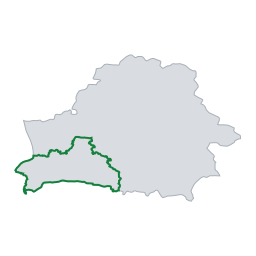 Brest on a map of Belarus (Robinson projection)
{"feature_id": "BLR-2338", "entity_name": "Brest", "entity_type": "Region", "adm_level": 1, "iso_a3": "BLR", "parent_name": "Belarus", "parent_adm1": "", "projection": "robinson", "projection_center": [25.618, 52.455], "detail": "fine", "context": "in_parent", "style": "outline", "palette": "green", "viewbox_px": 256, "rotation_deg": 0, "n_neighbors": 0, "source": "natural_earth", "source_scale": "10m", "svg_char_len": 8801}
<svg xmlns="http://www.w3.org/2000/svg" viewBox="0 0 256 256"><path d="M219.8,175.9L215.3,175.7L209.8,175.8L206.8,177.4L203.5,176.6L201.2,177.6L196.0,182.1L194.0,184.6L192.1,188.3L191.0,191.1L191.7,193.1L192.7,194.9L193.0,196.9L193.6,198.4L192.3,199.5L191.5,201.1L189.3,200.8L186.4,199.3L185.8,197.1L183.6,195.5L182.2,194.7L179.8,194.6L176.2,195.3L171.3,195.9L167.7,196.0L165.7,196.8L162.8,197.6L161.6,196.7L159.9,194.1L158.5,191.6L157.6,190.5L156.8,190.2L155.8,190.3L154.7,191.1L153.8,191.9L150.8,192.8L149.5,193.7L148.0,196.0L147.0,195.9L146.0,195.3L144.8,192.7L143.2,192.2L140.6,192.1L137.4,191.6L134.9,190.8L133.9,191.0L132.4,192.1L130.8,192.2L127.1,191.2L126.4,191.7L124.3,194.6L123.4,194.7L122.8,194.3L123.1,191.9L121.0,191.0L117.4,190.8L114.9,191.2L113.7,191.1L113.0,190.6L109.9,186.4L108.3,186.2L105.4,186.4L101.2,185.9L96.2,184.9L93.5,184.6L92.1,183.6L89.1,183.3L80.9,181.6L77.6,181.3L72.7,181.2L65.2,180.8L60.5,181.1L58.3,181.6L55.7,182.0L46.9,182.5L43.7,183.0L42.8,183.8L41.7,185.8L38.0,189.1L34.5,191.3L33.8,191.5L31.7,190.3L30.0,189.9L28.0,189.8L26.5,190.1L25.6,190.7L25.7,193.3L25.5,193.5L24.0,190.4L24.1,187.7L25.0,186.1L26.1,184.7L25.7,182.6L26.8,179.8L26.8,177.7L26.4,176.9L25.6,175.8L23.3,174.7L22.3,173.8L19.2,172.7L16.1,171.2L15.6,170.3L15.7,169.7L16.3,168.8L18.7,166.0L21.3,163.4L22.9,162.3L31.6,158.9L33.0,157.7L33.3,155.7L33.2,151.7L32.7,148.0L32.1,145.4L30.5,140.6L26.1,130.7L23.6,120.5L25.3,121.1L29.4,121.3L32.7,120.6L34.4,120.5L35.9,120.7L40.2,120.1L41.2,121.1L43.1,121.9L46.9,120.7L50.2,119.3L53.7,119.4L54.2,118.7L55.1,115.1L56.1,114.3L60.2,114.6L61.7,114.0L63.3,112.2L65.8,111.1L67.8,111.1L69.9,109.8L71.0,110.7L71.5,112.2L70.8,113.4L71.1,113.8L72.6,114.4L75.1,114.4L76.7,113.9L77.0,113.2L77.0,112.0L76.6,110.8L75.6,109.8L73.6,109.3L72.2,109.3L72.0,108.6L72.4,107.3L73.7,104.8L75.2,102.5L76.1,101.6L76.3,100.8L76.1,99.5L76.0,97.0L77.4,93.5L79.2,90.9L81.7,90.1L84.7,89.6L86.6,88.4L87.5,87.0L88.3,84.8L89.3,84.4L96.4,84.7L97.5,82.5L98.1,81.9L99.5,81.3L100.5,80.5L100.1,79.9L98.3,79.5L93.9,79.2L93.1,78.5L93.3,77.6L94.5,75.4L95.6,72.5L96.1,70.2L96.2,68.9L96.8,68.6L100.3,68.1L101.4,67.7L104.4,64.6L106.7,64.1L112.7,64.9L115.4,64.9L118.8,65.1L119.1,64.8L120.3,61.7L126.1,56.9L129.2,55.2L131.2,54.9L131.8,55.0L135.0,57.5L135.8,57.6L137.8,56.5L141.5,56.5L143.2,57.3L145.6,60.5L146.9,60.8L150.3,59.1L152.3,58.5L153.6,58.5L160.3,61.0L160.8,61.7L160.8,62.6L159.9,65.5L161.3,67.2L162.9,68.4L166.3,66.5L167.5,65.9L168.9,65.9L170.7,65.2L172.0,64.1L173.3,63.7L175.7,64.0L180.1,63.7L185.3,65.4L185.8,65.9L188.4,68.0L189.4,69.0L190.2,69.3L191.6,70.2L193.5,70.9L194.8,70.7L195.4,71.0L196.0,71.8L196.1,73.1L196.0,76.8L194.2,78.8L194.0,79.5L194.1,80.3L195.7,81.9L197.6,84.5L198.1,85.9L198.2,87.0L195.7,90.3L194.9,91.1L194.3,92.7L194.1,94.3L194.3,95.0L198.7,97.7L201.9,99.1L202.7,99.8L202.8,100.2L201.1,103.1L201.0,103.8L203.6,105.0L205.1,106.8L206.4,109.9L209.0,112.7L218.2,117.0L219.1,117.7L219.4,118.6L219.2,120.6L217.6,124.4L219.2,124.9L223.2,124.8L228.1,125.2L234.1,127.9L234.2,129.1L233.6,130.2L234.1,131.3L234.8,132.3L240.0,135.3L240.5,136.2L240.6,137.6L240.5,138.7L239.1,138.9L237.6,139.4L235.1,140.7L234.2,142.5L230.1,144.9L227.6,146.1L225.6,146.1L220.7,145.6L218.9,144.4L218.2,143.3L216.3,142.7L213.8,142.7L210.4,142.9L209.7,143.2L209.2,144.6L207.8,147.0L206.8,148.3L211.3,153.0L213.6,154.9L214.3,156.1L214.3,156.9L213.3,157.9L213.6,159.9L215.8,162.5L215.1,162.9L215.0,166.1L215.1,169.5L215.7,170.4L216.9,171.1L217.9,172.3L219.6,175.2L219.8,175.9Z" fill="#d9dde1" stroke="#a8b0b8" stroke-width="1"/><path d="M75.2,181.4L67.3,181.3L63.3,180.5L62.2,180.5L61.1,180.8L58.9,181.7L52.3,182.5L51.8,182.5L50.3,182.2L44.4,182.6L43.9,182.7L43.3,183.1L42.5,184.2L42.1,184.7L41.5,186.7L40.8,187.5L38.1,188.9L34.5,191.4L33.6,191.6L32.9,191.1L32.2,190.4L31.3,190.1L30.7,190.1L29.0,189.7L28.5,189.7L26.1,190.1L25.8,190.3L25.6,190.5L25.3,190.9L25.3,191.1L26.0,192.8L26.1,193.1L26.0,193.6L25.8,193.6L25.5,193.5L25.5,193.1L24.7,192.8L24.5,192.4L24.8,192.4L24.3,191.7L24.1,191.2L24.0,190.8L24.1,190.0L24.1,189.7L23.8,189.5L23.8,189.2L24.2,189.1L24.5,188.8L24.2,188.5L24.2,188.3L24.5,188.1L24.4,188.0L24.2,187.6L24.3,186.9L24.5,186.4L24.9,186.0L25.4,185.8L25.9,185.4L26.2,184.7L25.7,184.2L25.4,183.7L25.7,183.4L25.8,182.8L26.0,182.7L25.9,182.4L26.0,182.1L26.1,181.1L26.2,180.6L26.7,179.7L27.0,179.4L27.4,179.1L27.1,178.6L26.8,177.5L26.6,177.1L26.6,176.8L26.5,176.4L26.0,176.2L25.6,175.5L25.1,175.3L24.0,175.3L23.5,175.2L22.9,174.2L23.0,174.1L23.1,173.7L22.6,173.8L22.2,173.5L22.1,173.4L21.8,173.7L21.5,173.6L21.3,173.5L21.0,173.4L20.7,173.5L20.6,173.4L20.8,173.1L20.8,172.9L20.3,172.9L18.8,172.5L18.5,172.2L18.1,172.3L16.4,172.0L15.9,171.7L16.1,171.2L16.0,170.8L15.8,170.5L15.4,170.2L16.5,168.5L16.9,167.9L17.9,167.0L20.8,163.6L22.9,162.2L25.1,161.3L29.0,160.4L32.2,158.8L33.1,157.9L33.5,156.6L33.4,155.7L33.9,155.6L37.0,155.8L37.5,155.6L38.2,155.1L38.7,154.9L39.0,154.9L39.5,155.4L40.0,155.6L41.2,155.7L42.4,155.4L42.6,155.5L42.7,155.8L42.8,155.9L43.4,155.7L44.0,155.5L44.5,155.6L45.6,156.2L45.9,156.4L46.4,156.6L47.0,156.7L47.6,156.7L48.1,156.5L48.4,156.4L48.5,156.3L48.5,156.1L48.4,155.6L48.2,155.2L48.6,154.2L49.2,153.8L49.2,153.6L49.2,153.4L48.8,153.0L48.8,152.9L49.6,152.2L50.6,151.7L50.8,151.6L50.8,151.3L50.7,151.2L49.8,151.0L49.7,151.0L49.7,150.9L49.9,150.6L51.0,150.1L51.6,150.0L53.0,150.6L54.3,150.8L55.1,150.8L55.5,150.7L55.9,150.0L56.1,149.9L56.3,149.8L56.5,149.8L57.3,150.0L57.7,150.3L58.0,150.7L58.1,151.2L58.0,151.7L58.1,151.8L59.1,152.1L59.4,152.2L59.6,152.1L59.9,151.7L60.1,151.4L60.4,151.4L60.5,151.5L60.2,152.5L60.2,152.8L60.3,153.1L60.2,153.6L60.3,153.7L60.5,153.8L60.8,153.8L61.0,153.8L61.3,153.6L62.3,153.3L62.5,153.3L63.1,153.4L63.5,153.4L64.1,153.0L64.9,152.8L65.1,152.9L65.2,153.2L65.3,153.3L65.6,153.5L66.3,153.7L66.6,153.6L66.9,153.4L66.9,153.2L66.4,152.9L66.3,152.7L66.2,152.4L66.3,152.3L66.6,152.1L66.6,151.9L66.2,151.6L66.1,151.4L66.0,151.2L66.2,150.9L66.5,150.7L67.1,150.8L67.6,150.8L68.6,150.6L68.9,150.3L68.9,150.1L68.9,149.9L69.4,149.5L69.9,148.8L70.2,148.6L71.4,148.1L71.6,147.8L72.2,146.5L73.0,145.4L73.2,144.8L73.2,144.5L72.9,144.1L72.6,143.9L72.0,143.7L71.9,143.7L72.0,143.3L72.9,142.7L73.2,142.4L73.2,142.2L72.6,141.7L72.4,141.4L72.6,140.9L72.8,140.6L73.0,140.6L73.7,140.5L73.9,140.4L74.0,140.2L74.2,139.1L74.3,138.8L75.0,137.9L75.2,137.5L75.6,137.1L75.8,137.0L76.0,136.9L76.9,137.0L77.8,136.9L78.1,136.9L78.4,137.1L78.6,137.1L79.2,137.1L79.6,137.1L80.0,137.4L80.2,137.5L83.5,137.7L84.0,137.6L84.5,137.5L85.8,137.8L87.8,137.9L88.4,138.0L89.0,138.2L89.7,138.2L91.5,137.8L91.4,139.2L91.5,139.4L91.9,139.8L92.0,140.1L92.0,140.8L92.0,141.0L91.8,141.2L91.6,141.3L90.5,141.3L90.1,141.5L89.5,142.0L89.1,142.6L88.9,143.0L89.1,143.5L89.4,143.6L89.8,143.6L90.2,143.6L90.3,143.6L90.5,144.1L90.9,144.4L91.0,144.9L91.2,145.1L91.6,145.2L93.3,145.3L93.6,145.4L94.4,146.1L94.8,146.9L94.8,147.1L94.7,147.3L94.4,147.3L93.4,147.3L93.1,147.3L92.8,147.4L92.4,147.9L92.0,148.7L91.9,148.8L91.5,149.0L91.4,149.1L91.5,149.4L91.7,149.8L92.7,151.1L92.8,151.3L92.9,151.8L93.1,152.1L93.0,152.4L92.3,152.8L92.3,153.0L93.0,154.0L93.4,154.0L93.9,153.6L94.1,153.4L95.1,153.4L95.2,153.2L95.4,152.6L95.5,152.4L96.3,152.2L96.5,152.3L97.2,152.6L97.8,152.8L98.0,153.1L98.1,153.6L98.3,153.8L98.6,153.9L98.9,153.9L99.7,153.7L99.8,153.7L100.0,153.8L100.7,154.8L101.3,155.5L101.6,155.6L104.0,156.2L105.1,156.7L105.4,156.6L105.8,156.1L106.0,156.1L106.9,156.6L107.0,156.7L107.0,156.9L106.8,157.2L106.8,157.4L107.6,158.4L107.8,158.6L108.0,158.6L108.8,158.8L110.0,158.8L110.3,158.9L110.8,159.5L110.9,160.1L110.7,160.5L107.6,160.7L107.4,160.9L107.3,161.4L107.3,161.5L107.8,162.0L107.9,162.3L107.3,162.7L107.5,162.9L107.8,163.3L108.8,164.1L109.8,164.7L109.9,164.8L110.1,165.3L110.1,165.6L109.9,165.9L109.5,166.2L109.4,166.4L109.8,166.6L112.9,168.1L113.0,168.3L113.0,168.7L113.2,169.0L113.4,169.2L113.5,169.2L114.8,169.2L115.0,169.3L115.2,169.5L115.6,170.2L115.8,170.5L116.5,170.7L118.9,171.8L119.2,172.1L119.3,172.3L119.3,172.5L119.2,172.8L118.9,173.2L118.8,173.4L118.9,174.1L118.9,174.9L119.0,177.0L119.9,177.8L120.5,178.2L120.8,178.4L120.8,178.5L120.6,179.0L120.4,179.3L119.0,180.7L119.0,181.0L119.2,181.6L119.2,182.0L119.1,182.5L118.9,183.0L118.5,183.6L118.8,183.9L119.7,184.6L119.8,184.8L119.9,185.3L119.9,186.2L119.8,186.5L119.6,186.9L119.4,187.3L119.0,187.4L118.7,187.8L118.8,190.3L118.0,190.3L117.5,190.5L116.9,191.1L116.4,191.3L115.9,191.3L114.5,191.1L113.5,191.4L113.0,191.4L112.7,191.2L112.8,190.6L113.1,190.0L113.2,189.5L112.5,189.3L111.9,189.4L111.4,189.4L111.1,189.1L110.9,188.5L110.9,187.7L111.0,187.1L110.8,186.6L110.2,186.3L109.2,186.1L107.1,186.1L104.7,186.7L103.1,186.5L98.6,184.9L93.3,184.8L93.0,184.7L92.7,184.4L92.6,184.1L92.7,183.8L92.7,183.6L92.4,183.5L86.9,183.3L86.2,183.0L84.6,182.0L83.9,181.8L82.3,181.9L77.2,181.1L75.2,181.4Z" fill="none" stroke="#15803d" stroke-width="2"/></svg>